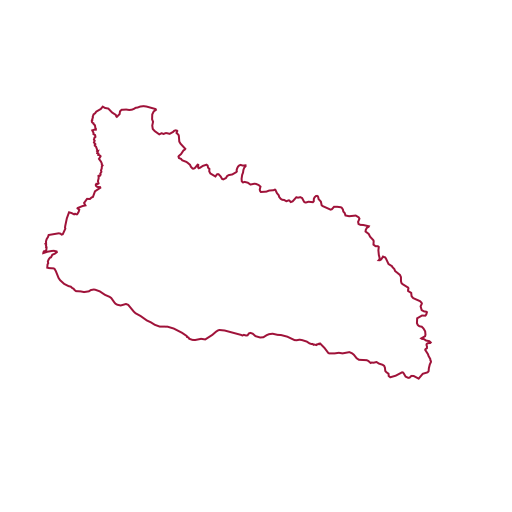 outline of Buntharik, Ubon Ratchathani, Thailand, rotated 291°
{"feature_id": "78962969B96035855988054", "entity_name": "Buntharik", "entity_type": "district", "adm_level": 2, "iso_a3": "THA", "parent_name": "Thailand", "parent_adm1": "Ubon Ratchathani", "projection": "robinson", "projection_center": [105.406, 14.671], "detail": "fine", "context": "isolated", "style": "outline", "palette": "rose", "viewbox_px": 512, "rotation_deg": 291, "n_neighbors": 0, "source": "geoboundaries", "source_scale": "gbopen_adm2", "svg_char_len": 6012}
<svg xmlns="http://www.w3.org/2000/svg" viewBox="0 0 512 512"><g transform="rotate(291 256 256)"><path d="M340.5,59.4L337.6,58.4L333.5,55.1L331.7,54.7L330.0,53.6L327.3,53.7L326.8,54.1L324.7,54.1L324.3,54.5L323.4,54.2L322.3,54.8L321.8,55.7L321.6,56.8L320.9,57.2L320.3,58.8L317.9,60.2L317.3,61.0L316.5,61.2L316.0,59.8L314.6,58.1L312.8,60.1L311.5,60.6L311.3,62.3L310.3,63.1L309.5,63.4L308.7,62.8L306.5,63.0L305.8,64.1L303.9,64.0L302.9,65.9L302.0,65.6L301.3,65.9L300.7,67.5L297.4,70.3L296.9,70.0L296.6,70.4L297.1,70.9L295.1,70.9L295.1,72.2L293.8,72.5L294.0,73.6L293.7,74.9L293.3,75.2L290.4,74.6L288.5,77.5L287.1,78.9L286.0,79.3L285.6,80.3L284.3,80.0L282.4,80.6L280.4,80.6L279.2,81.5L277.1,81.1L276.2,81.8L274.8,81.4L274.7,80.5L274.4,80.2L272.4,81.2L269.2,81.6L267.3,83.0L266.3,82.2L266.2,81.1L265.0,80.9L264.2,81.4L263.6,83.0L264.4,85.8L263.9,86.2L258.7,82.5L252.7,82.6L251.7,81.5L249.7,80.5L248.8,77.8L243.9,76.5L242.1,78.6L240.5,76.2L236.9,72.3L236.5,72.3L235.9,74.4L233.8,74.6L230.9,74.1L230.5,73.3L230.6,71.9L229.7,71.3L230.0,68.5L229.8,65.8L223.4,65.9L215.9,67.1L214.1,67.5L213.2,68.2L207.1,67.8L206.3,66.9L206.8,65.4L206.5,63.7L201.3,54.9L199.3,55.0L196.7,54.5L194.3,54.7L192.9,55.4L192.1,55.1L192.1,55.6L191.3,56.1L190.3,56.2L189.7,56.9L188.9,56.9L188.7,57.5L186.3,58.1L185.2,57.7L184.5,56.4L183.3,56.2L182.5,56.4L185.2,59.7L187.5,63.5L188.4,65.4L188.8,68.2L188.2,68.7L186.0,67.3L184.2,65.4L181.3,65.1L180.7,64.3L178.7,63.7L176.4,63.6L174.8,64.6L173.4,64.4L170.3,65.3L170.5,67.0L171.9,71.5L171.8,72.5L170.1,74.6L164.7,79.6L163.2,81.8L161.2,86.9L160.7,91.8L161.0,94.1L160.2,96.0L160.1,97.4L159.2,98.8L158.7,100.6L160.1,104.9L160.7,108.4L163.1,112.6L165.0,114.0L166.6,116.6L166.9,118.1L167.0,122.8L165.6,129.0L165.4,133.9L164.9,135.9L161.9,140.4L161.1,141.9L160.8,143.9L161.3,147.4L164.6,151.8L164.6,154.2L160.3,161.8L159.4,164.0L158.6,169.8L156.7,177.2L156.4,181.6L155.5,186.2L155.6,191.5L158.3,198.6L158.8,205.2L157.8,214.4L156.5,219.9L156.2,220.4L155.7,220.6L155.7,222.2L154.8,223.3L154.9,226.7L155.7,229.2L159.0,234.4L159.9,238.5L166.7,243.5L171.0,245.8L172.8,247.1L173.8,248.3L175.2,253.4L177.0,270.5L176.9,271.8L178.0,272.9L178.2,275.2L178.9,276.5L181.3,277.2L182.2,278.4L182.3,280.8L181.0,284.2L181.4,289.1L182.8,292.0L186.0,294.4L187.7,296.2L189.4,299.4L190.1,304.3L191.2,307.8L191.9,314.1L191.3,322.1L191.9,324.1L193.5,326.7L194.0,329.2L194.3,334.1L193.6,337.2L193.7,339.4L194.2,340.4L193.7,341.5L194.2,342.1L194.5,344.3L195.5,344.7L195.6,345.3L196.4,345.9L196.4,346.6L197.0,346.7L197.3,347.2L194.7,352.9L191.4,358.2L191.3,359.3L193.3,364.4L195.3,368.0L196.1,371.7L199.7,377.6L199.6,380.4L198.9,382.7L196.6,386.6L196.0,389.3L198.4,396.7L198.3,398.4L197.2,401.4L198.0,402.2L198.5,404.0L200.2,406.5L199.6,409.3L199.8,413.1L199.4,415.0L197.9,416.4L195.0,417.9L194.2,419.4L193.6,421.9L191.5,422.9L190.9,424.8L194.3,429.3L199.8,434.1L199.9,435.0L199.4,435.9L197.0,438.9L196.8,441.8L197.5,443.0L199.7,444.0L200.5,446.2L199.8,451.8L205.8,453.9L208.8,457.8L209.6,458.2L210.4,458.4L213.2,457.6L217.1,457.1L219.8,457.3L220.5,457.0L221.1,456.2L222.3,455.6L224.6,452.8L225.9,451.8L229.0,447.6L229.8,447.6L231.1,448.6L232.7,448.1L234.1,447.0L235.1,446.9L236.2,447.7L237.2,449.8L237.9,450.1L238.6,448.3L238.0,445.0L238.6,442.8L238.1,440.7L238.3,439.8L241.7,442.6L243.3,442.4L246.3,440.9L248.3,438.4L249.4,436.1L249.0,434.0L249.1,433.0L249.6,431.7L251.0,430.3L255.6,428.8L259.9,432.3L261.0,435.5L262.4,435.9L264.8,435.7L265.0,434.6L264.5,433.0L264.8,430.1L268.0,427.7L271.0,427.9L271.7,427.3L272.6,425.4L273.0,417.9L273.6,416.7L274.3,415.6L277.2,414.1L277.8,410.6L278.8,410.1L280.2,410.0L281.0,409.4L282.3,402.7L282.9,401.5L284.4,400.4L288.2,398.9L289.9,397.2L291.8,391.3L293.4,389.8L294.6,387.2L295.2,386.7L296.0,382.6L300.4,378.0L301.1,376.7L300.8,375.8L301.0,374.8L297.7,374.1L296.4,373.1L296.1,372.1L297.2,372.5L298.6,372.0L301.0,370.3L305.2,368.2L308.4,367.4L308.8,366.3L308.0,364.1L308.7,361.6L312.1,360.5L312.8,359.9L314.9,355.6L317.0,353.3L318.1,349.5L319.8,349.1L322.1,349.4L323.5,350.6L324.2,350.7L323.4,345.1L322.5,342.3L322.6,340.3L324.4,339.1L327.9,339.2L328.9,338.0L329.5,334.6L326.5,328.7L325.9,325.0L327.9,323.4L328.8,321.6L330.5,320.5L331.8,318.7L331.9,317.7L331.0,314.0L329.9,311.2L326.9,310.1L326.0,309.0L326.5,300.3L326.9,299.1L330.0,297.1L331.6,294.0L333.2,293.0L333.9,292.3L334.0,291.5L333.5,290.5L331.9,289.7L330.2,289.5L327.7,290.3L326.6,289.8L325.5,285.6L323.8,283.4L323.6,282.7L323.8,281.5L326.6,278.3L326.8,276.3L325.5,274.3L325.3,272.6L320.1,270.6L318.8,269.1L319.8,267.2L319.7,266.6L318.0,264.7L318.4,262.2L317.9,260.4L318.2,258.6L319.5,256.4L320.8,255.5L322.2,253.0L324.7,250.4L324.8,249.9L323.7,248.8L321.8,244.8L319.8,242.6L317.5,237.6L318.1,236.6L319.3,235.7L322.4,235.3L323.2,233.0L323.3,230.2L322.9,228.6L320.7,225.2L321.5,222.1L321.1,218.8L320.0,217.5L320.6,216.0L322.8,214.9L326.8,214.0L329.2,214.0L331.9,213.4L334.3,213.4L336.1,214.1L336.9,213.7L335.7,211.4L335.5,208.9L334.4,207.8L333.1,207.2L331.2,207.0L329.3,207.1L328.0,207.8L327.2,207.5L323.6,204.6L321.8,201.6L320.3,200.4L318.0,200.0L315.8,198.0L315.8,196.7L317.6,194.5L318.9,191.8L318.8,191.1L318.2,190.3L315.7,189.6L316.7,183.8L318.3,182.0L320.6,181.3L321.3,179.6L323.1,178.4L323.5,177.1L321.1,174.1L318.3,172.1L317.4,171.1L317.8,170.3L320.4,169.4L320.4,168.8L316.2,167.4L315.2,166.5L314.9,165.5L316.0,163.2L317.5,161.7L318.5,158.8L318.9,157.3L318.9,152.8L319.8,151.2L319.8,149.0L321.0,148.0L321.7,148.1L324.3,149.5L328.4,150.4L329.9,151.4L330.7,151.6L333.8,145.3L335.3,143.4L340.5,140.9L341.4,140.1L342.4,137.7L344.5,137.7L344.7,137.3L344.5,135.9L343.5,134.7L342.2,134.2L339.1,131.6L338.7,128.5L338.2,127.4L336.8,126.0L336.8,123.9L334.9,122.1L336.3,116.7L337.6,114.1L340.6,112.4L344.4,111.8L346.4,110.0L351.0,108.4L354.3,108.7L356.6,110.2L357.2,109.6L356.3,100.3L355.6,97.3L354.0,94.3L352.2,92.3L351.2,90.5L349.7,89.4L348.2,87.8L346.9,85.4L346.2,82.3L344.3,78.1L342.3,77.2L339.6,77.8L336.0,76.2L336.2,75.6L337.5,74.5L338.4,70.2L340.7,65.3L340.1,61.9L340.5,59.4Z" fill="none" stroke="#9f1239" stroke-width="2"/></g></svg>